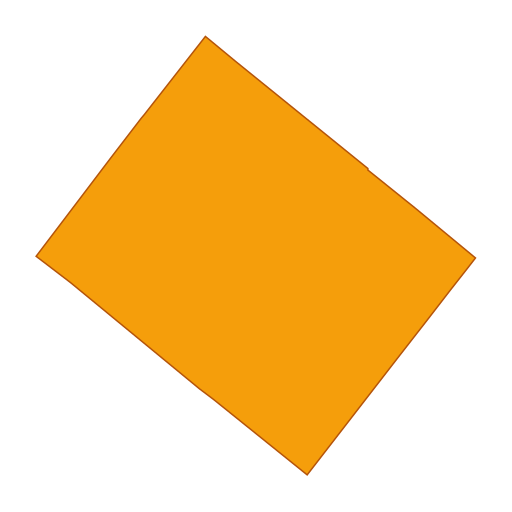 Johnson, Indiana, United States of America (Albers equal-area conic projection), rotated 129°
{"feature_id": "52423323B4886498471892", "entity_name": "Johnson", "entity_type": "district", "adm_level": 2, "iso_a3": "USA", "parent_name": "United States of America", "parent_adm1": "Indiana", "projection": "albers", "projection_center": [-86.118, 39.49], "detail": "fine", "context": "isolated", "style": "filled", "palette": "amber", "viewbox_px": 512, "rotation_deg": 129, "n_neighbors": 0, "source": "geoboundaries", "source_scale": "gbopen_adm2", "svg_char_len": 416}
<svg xmlns="http://www.w3.org/2000/svg" viewBox="0 0 512 512"><g transform="rotate(129 256 256)"><path d="M394.6,426.7L393.4,383.4L394.8,216.3L394.2,198.7L393.9,78.5L247.2,81.7L220.9,82.2L198.8,82.6L160.3,83.5L133.1,83.9L119.4,84.2L118.6,162.8L118.8,223.1L117.6,224.1L117.6,393.9L117.2,433.5L216.6,431.8L221.0,431.9L270.9,430.6L324.5,428.9L394.6,426.7Z" fill="#f59e0b" stroke="#b45309" stroke-width="1.5"/></g></svg>